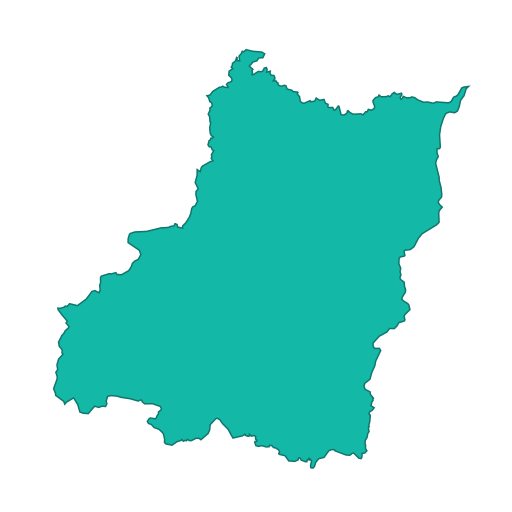 outline of Miarinarivo, Itasy, Madagascar, rotated 97°
{"feature_id": "10022922B79563685419763", "entity_name": "Miarinarivo", "entity_type": "district", "adm_level": 2, "iso_a3": "MDG", "parent_name": "Madagascar", "parent_adm1": "Itasy", "projection": "mercator", "projection_center": [46.919, -18.928], "detail": "fine", "context": "isolated", "style": "filled", "palette": "teal", "viewbox_px": 512, "rotation_deg": 97, "n_neighbors": 0, "source": "geoboundaries", "source_scale": "gbopen_adm2", "svg_char_len": 5982}
<svg xmlns="http://www.w3.org/2000/svg" viewBox="0 0 512 512"><g transform="rotate(97 256 256)"><path d="M395.8,440.5L399.6,438.7L402.1,438.4L412.4,440.7L417.0,438.2L418.7,437.9L423.8,429.0L426.4,427.8L424.0,426.1L419.0,419.7L425.4,414.7L432.3,411.8L433.1,408.3L432.9,403.3L424.8,397.9L425.4,393.5L423.8,390.5L423.7,387.0L420.8,386.0L418.5,387.0L413.9,386.3L413.2,385.9L412.2,382.6L412.0,376.8L412.7,373.2L413.0,363.5L414.3,355.3L412.9,352.9L413.1,352.0L414.7,351.0L416.3,348.4L415.2,340.7L417.0,332.6L419.0,331.3L420.6,331.7L422.6,333.8L424.8,333.6L425.8,334.4L429.8,335.7L429.7,341.2L430.4,342.2L433.5,343.7L435.3,342.3L436.0,339.3L438.7,336.2L439.8,331.2L442.5,327.5L443.9,326.2L448.9,324.4L452.2,324.1L453.5,322.6L454.0,316.3L449.9,311.8L448.2,307.9L447.2,307.3L448.7,305.5L447.6,303.9L447.9,302.6L446.3,301.4L447.4,299.7L447.1,297.6L444.2,293.3L443.9,290.3L445.1,288.3L438.0,281.9L434.2,280.8L429.0,280.9L422.5,276.2L421.8,275.1L422.6,272.2L426.6,268.6L431.2,262.7L439.5,256.7L436.1,247.4L434.3,245.5L434.5,244.9L435.3,244.7L436.0,241.9L435.4,240.6L433.8,240.8L435.4,238.5L434.6,236.8L434.7,235.1L435.2,234.4L437.8,234.1L438.7,232.6L440.0,232.8L440.0,234.2L440.9,234.6L444.2,233.0L444.7,230.3L443.5,227.2L444.3,222.6L443.7,219.7L442.3,219.6L442.2,217.4L444.0,215.2L444.2,212.8L445.8,209.7L447.6,208.7L449.2,209.4L450.0,208.8L450.7,202.8L455.4,198.5L455.1,192.4L453.3,189.4L451.2,189.0L451.2,187.5L453.0,186.4L454.2,181.8L454.0,180.5L452.0,180.3L451.9,178.4L450.9,179.1L450.2,178.4L452.5,175.9L457.6,176.3L459.4,175.8L459.6,174.8L459.4,173.4L457.9,172.4L453.4,171.5L449.5,169.0L447.6,163.9L440.6,160.1L439.0,157.6L438.7,154.5L439.7,153.9L442.5,142.6L442.4,139.2L441.9,138.0L440.1,136.5L439.7,135.0L444.1,129.3L444.3,127.0L443.0,126.4L439.0,126.6L438.2,123.9L435.8,122.2L433.6,123.9L430.3,124.2L428.3,125.1L425.4,125.0L422.8,123.7L418.6,123.4L416.4,122.4L413.2,123.5L411.4,122.9L410.6,123.5L406.7,122.9L400.1,123.1L399.5,124.3L398.3,124.7L396.3,123.8L395.2,122.0L392.2,120.2L390.6,123.6L386.7,123.2L384.9,122.2L383.0,122.7L382.7,122.2L379.7,125.4L376.9,126.3L375.2,131.2L372.5,132.9L369.2,132.6L364.5,127.9L357.6,126.9L350.5,124.7L345.7,124.4L334.6,120.7L332.6,122.4L333.2,126.3L332.9,127.5L331.0,128.8L328.1,129.2L320.6,123.9L315.5,116.8L311.7,114.6L311.2,109.8L308.0,107.4L304.8,106.2L302.5,101.0L301.3,100.4L298.3,101.5L296.5,101.4L290.4,96.7L285.8,98.4L284.6,99.8L282.5,104.4L281.1,106.0L279.0,105.8L273.6,103.3L270.8,103.5L268.4,104.8L263.9,105.8L261.7,109.6L260.8,110.2L259.4,110.5L257.3,109.8L254.1,111.1L250.4,110.9L246.5,113.2L241.3,113.7L239.4,112.8L238.1,108.9L237.2,108.3L233.9,109.5L232.2,109.1L230.8,103.6L227.5,100.3L218.7,97.0L213.6,93.8L203.0,80.5L200.3,78.4L190.3,80.0L187.9,79.2L184.8,77.1L182.5,80.2L180.6,81.6L178.8,81.5L174.7,79.0L172.3,79.1L165.5,80.7L158.6,83.4L155.6,83.8L142.1,89.0L138.4,88.6L135.2,87.2L131.5,88.9L127.5,89.4L127.1,87.0L125.7,86.3L113.2,88.6L104.8,88.4L96.8,86.8L92.3,85.4L91.0,84.3L89.4,81.3L89.6,76.3L87.7,73.8L83.2,72.5L76.4,71.9L71.6,69.1L64.4,67.8L61.8,65.7L63.1,70.6L64.2,72.3L71.1,75.1L72.7,76.4L74.3,79.2L79.0,81.2L80.5,83.6L81.1,95.9L82.8,98.6L82.2,104.2L83.0,108.5L81.2,114.8L79.5,117.6L79.1,120.7L80.2,122.4L80.6,126.0L79.6,129.3L81.9,130.1L82.8,131.1L81.3,132.3L78.0,130.9L76.7,131.4L78.3,135.6L78.0,137.0L76.7,138.6L78.2,140.4L81.5,142.3L80.9,144.4L81.9,145.8L82.7,151.1L81.3,153.5L83.1,154.1L84.2,156.6L87.3,158.8L89.0,158.6L92.9,156.5L95.1,156.5L97.2,159.2L96.8,162.4L99.3,163.2L99.5,164.8L102.8,166.9L102.1,169.0L103.4,176.9L102.3,179.9L100.5,182.4L101.1,183.1L102.5,182.8L104.5,184.7L105.3,185.7L105.5,187.6L105.3,188.8L97.3,191.9L97.1,192.6L101.2,194.9L101.7,196.2L99.2,198.0L99.8,202.2L99.2,202.9L96.7,202.9L95.9,205.7L92.3,207.6L93.7,211.8L91.9,215.5L95.2,216.6L96.2,220.4L95.2,221.2L98.5,226.8L98.4,228.6L97.3,230.8L92.5,232.2L90.3,234.7L88.5,234.3L88.2,234.9L88.3,239.2L87.1,240.6L86.5,245.5L83.4,247.0L83.1,248.8L84.3,251.1L84.2,253.3L83.1,255.0L81.5,255.3L80.7,257.0L79.8,257.4L80.0,260.3L77.9,258.8L75.3,259.6L74.7,260.3L74.6,263.1L72.9,264.4L70.8,264.3L72.3,267.8L69.0,267.8L67.7,268.8L68.5,270.7L71.6,271.8L72.5,273.3L72.5,276.1L76.5,281.1L76.5,282.0L74.1,281.9L72.5,282.6L71.1,281.8L68.5,285.6L67.7,285.7L66.8,284.5L63.7,282.6L62.3,279.0L59.0,277.2L58.4,273.4L54.3,272.0L52.9,275.1L53.2,284.4L52.4,290.9L54.8,293.0L54.4,294.2L54.8,294.8L56.7,295.2L59.7,297.2L64.3,296.0L64.3,298.7L61.4,298.9L61.2,299.4L64.8,300.1L67.6,302.8L69.9,302.8L71.5,303.6L72.9,301.9L75.8,305.2L79.9,305.1L82.3,302.0L83.9,301.3L85.8,301.6L87.5,304.9L89.2,306.2L91.6,304.3L92.2,304.5L92.3,307.7L91.5,309.7L92.7,311.3L92.9,312.8L97.9,319.0L101.9,321.3L102.9,324.2L104.8,322.2L108.4,320.7L109.3,318.7L111.4,317.9L112.8,317.9L114.8,319.9L116.6,319.3L121.0,320.7L123.4,319.0L128.5,318.0L129.4,317.2L134.4,317.6L139.7,316.4L142.0,315.0L143.1,312.7L144.2,313.5L144.6,315.2L146.4,315.5L147.2,316.6L151.6,317.2L153.3,315.7L153.2,314.0L156.0,312.3L156.7,310.8L160.8,312.6L162.9,311.9L164.5,312.4L166.8,310.3L168.0,313.0L173.3,320.1L174.7,321.0L179.2,321.7L177.4,324.9L183.2,324.3L190.5,325.3L195.9,321.8L196.6,321.7L199.3,323.4L202.4,323.1L208.9,320.8L213.6,322.5L214.8,324.6L216.7,325.6L221.7,325.9L225.6,326.9L231.6,329.7L235.1,332.5L237.3,332.2L236.8,337.3L234.4,338.1L233.8,340.0L234.1,340.6L235.8,340.8L236.5,341.8L236.7,343.7L238.3,346.4L239.8,354.1L244.9,367.5L246.9,379.2L249.0,383.6L249.8,384.2L254.3,385.0L258.3,384.6L264.6,372.4L268.7,370.5L273.6,372.4L276.0,376.0L278.4,377.8L281.9,378.5L286.0,380.5L291.0,387.2L291.3,391.7L289.6,393.1L291.4,397.5L291.5,399.7L294.8,407.0L296.2,407.7L301.5,407.0L304.2,407.6L308.6,406.5L311.6,407.3L310.0,411.8L311.2,414.5L319.4,419.2L327.0,427.2L326.1,435.2L329.1,437.3L328.9,439.2L330.0,439.9L331.7,443.5L331.9,446.3L333.2,446.0L337.7,441.8L343.6,435.4L345.6,436.4L348.9,433.0L349.9,433.1L353.2,436.1L356.7,437.5L358.3,438.9L365.6,441.5L369.5,440.3L372.9,436.9L375.8,436.8L377.0,435.6L382.4,439.4L388.3,440.3L393.0,439.0L395.8,440.5Z" fill="#14b8a6" stroke="#0f766e" stroke-width="1.5"/></g></svg>